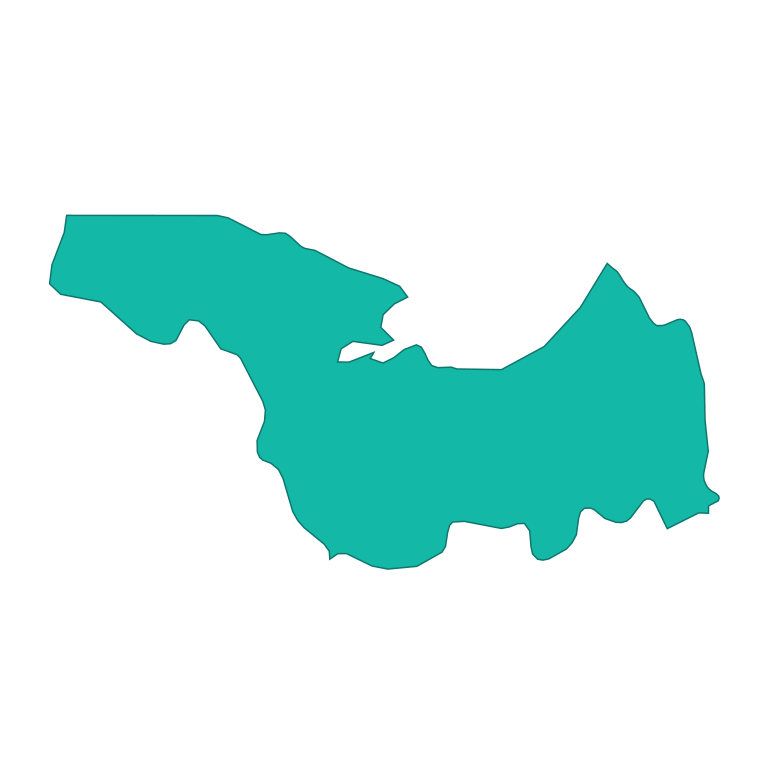 the Province of Taranto, rotated 177°
{"feature_id": "ITA-5408", "entity_name": "Taranto", "entity_type": "Province", "adm_level": 1, "iso_a3": "ITA", "parent_name": "Italy", "parent_adm1": "", "projection": "mercator", "projection_center": [17.129, 40.529], "detail": "fine", "context": "isolated", "style": "filled", "palette": "teal", "viewbox_px": 768, "rotation_deg": 177, "n_neighbors": 0, "source": "natural_earth", "source_scale": "10m", "svg_char_len": 1994}
<svg xmlns="http://www.w3.org/2000/svg" viewBox="0 0 768 768"><g transform="rotate(177 384 384)"><path d="M692.1,569.0L541.8,561.0L531.0,558.1L499.1,539.7L493.1,539.2L480.6,540.4L474.6,539.7L470.2,536.5L459.9,525.9L456.0,523.6L445.9,521.0L413.1,501.7L379.5,489.3L363.3,480.8L355.8,469.6L369.6,463.4L381.3,453.2L384.2,440.7L372.1,427.3L383.9,422.7L412.8,428.2L425.0,421.4L429.2,408.4L417.7,407.7L392.5,416.1L393.5,414.3L396.5,410.2L383.9,405.0L372.9,409.7L362.0,417.4L349.6,421.4L344.8,418.8L341.6,412.6L338.8,405.5L335.5,400.0L329.4,397.5L315.9,397.3L310.6,395.2L265.9,392.2L222.1,413.0L183.9,450.2L154.8,492.7L149.6,487.7L145.6,484.4L143.4,481.2L139.9,474.6L137.6,470.9L135.5,468.2L129.4,463.2L127.8,461.4L124.6,457.2L115.4,435.9L112.0,431.0L108.8,428.1L103.3,427.8L100.7,428.2L87.2,433.0L84.6,433.1L81.9,432.5L79.9,431.1L75.8,424.9L74.1,419.3L66.9,377.5L64.6,369.6L64.1,366.8L65.3,331.3L63.7,299.9L69.4,278.1L69.7,274.7L69.3,270.6L66.9,264.7L64.5,261.7L61.8,259.5L59.5,258.1L57.3,256.4L55.6,254.5L55.3,252.3L56.3,249.9L66.3,245.3L66.7,238.0L76.6,238.8L108.7,224.7L120.5,252.8L124.3,255.2L127.7,255.4L131.0,253.7L144.7,237.5L148.8,234.5L154.1,233.2L159.8,233.8L170.5,238.2L180.5,247.4L184.2,249.3L190.4,249.4L194.4,246.0L196.6,240.2L199.8,223.4L204.4,215.7L210.4,209.7L228.4,200.8L234.5,199.8L239.8,201.0L244.5,206.5L245.7,213.8L246.2,229.7L251.0,237.4L258.1,237.5L266.3,234.7L274.3,233.6L310.8,242.6L322.6,242.6L325.9,239.4L328.2,232.6L331.1,218.5L334.8,213.1L360.7,200.2L390.0,199.0L405.6,202.9L430.3,216.6L439.0,217.0L447.3,211.9L447.4,219.9L452.0,227.1L471.3,244.7L477.3,252.3L481.8,261.4L489.8,295.1L493.8,304.1L501.1,310.8L509.1,314.4L512.0,317.2L514.0,322.8L513.7,334.2L505.3,353.0L503.8,364.1L505.9,372.9L525.8,417.0L528.9,420.8L545.2,427.7L559.6,451.2L565.8,456.7L575.1,458.3L580.5,453.5L589.5,438.3L595.1,435.4L601.9,435.3L614.6,438.8L628.4,446.9L662.4,480.7L702.2,490.5L712.7,501.6L709.4,520.3L695.4,552.0L692.1,569.0Z" fill="#14b8a6" stroke="#0f766e" stroke-width="1.5"/></g></svg>